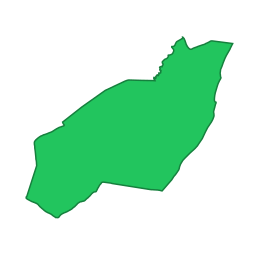 outline of Jangamo, Inhambane, Mozambique, rotated 9°
{"feature_id": "85939544B63223307878319", "entity_name": "Jangamo", "entity_type": "district", "adm_level": 2, "iso_a3": "MOZ", "parent_name": "Mozambique", "parent_adm1": "Inhambane", "projection": "equal_earth", "projection_center": [35.229, -24.157], "detail": "fine", "context": "isolated", "style": "filled", "palette": "green", "viewbox_px": 256, "rotation_deg": 9, "n_neighbors": 0, "source": "geoboundaries", "source_scale": "gbopen_adm2", "svg_char_len": 5611}
<svg xmlns="http://www.w3.org/2000/svg" viewBox="0 0 256 256"><g transform="rotate(9 128 128)"><path d="M167.7,29.7L167.8,30.0L167.8,30.7L167.7,31.2L166.9,31.6L166.6,32.0L163.0,34.8L162.4,35.5L162.1,36.2L161.6,37.8L161.5,38.5L161.1,39.3L160.6,40.0L159.9,40.4L158.5,40.7L158.5,41.1L158.6,41.4L158.8,41.5L159.0,41.7L159.2,41.9L159.5,42.2L159.7,42.4L160.1,42.7L160.3,42.9L161.0,43.8L161.1,45.1L160.7,46.4L160.5,47.3L159.6,48.4L158.4,49.1L157.8,49.4L156.5,49.7L156.3,49.9L156.6,50.6L156.6,51.1L156.2,52.3L155.6,53.1L154.9,53.7L154.0,54.1L153.4,54.6L152.9,55.2L152.6,55.8L152.3,56.1L151.6,57.0L151.6,57.9L151.8,58.5L152.3,58.9L152.7,59.5L152.7,60.2L152.3,60.6L152.2,61.2L152.2,61.8L152.1,62.2L151.6,62.3L151.1,62.1L150.7,62.3L149.9,62.8L149.8,63.4L150.2,63.8L150.5,64.2L150.5,64.6L150.3,64.9L150.3,65.5L150.5,65.9L151.5,66.0L151.7,66.4L151.6,66.7L151.4,66.8L151.3,67.1L151.4,67.6L151.6,67.8L151.6,68.4L151.3,68.6L151.0,68.7L150.7,69.0L150.1,68.8L149.8,68.9L150.1,70.0L150.1,70.5L150.0,70.8L149.8,71.3L149.6,71.6L149.3,71.6L149.1,71.4L149.1,71.1L148.8,70.9L148.5,71.0L148.2,71.4L148.2,71.8L148.0,72.1L147.6,72.4L147.4,72.8L147.7,73.8L147.7,74.4L147.6,74.5L147.1,75.0L146.6,74.7L146.1,74.0L145.8,73.9L145.7,74.1L145.7,74.3L145.7,74.7L145.9,75.4L146.3,75.6L146.6,76.2L147.1,76.7L147.3,77.0L132.9,79.0L121.2,80.5L120.3,80.8L120.1,80.9L119.6,81.1L117.5,82.3L99.7,94.4L79.2,114.4L62.5,132.4L63.2,133.7L63.7,134.2L64.3,134.7L64.5,135.0L64.5,135.3L64.3,135.9L63.8,136.1L63.6,136.3L62.5,136.8L62.0,137.2L60.7,137.8L60.4,138.0L59.9,138.2L59.3,138.7L59.0,138.9L58.5,139.3L58.3,139.4L58.0,139.7L57.5,140.0L57.3,140.3L57.1,140.4L56.5,140.9L56.2,141.2L55.9,141.4L55.6,141.7L55.4,141.9L55.1,142.2L54.6,142.6L54.4,142.8L53.4,143.6L53.2,143.8L50.0,145.6L49.2,146.2L48.2,146.7L47.7,147.0L46.7,147.5L46.4,147.7L46.2,147.7L45.6,148.0L44.0,149.2L43.3,149.5L42.7,150.0L41.6,151.0L41.1,151.6L40.5,152.1L40.2,152.6L39.9,152.8L39.6,153.4L39.4,153.5L39.2,153.8L38.9,154.0L38.8,154.4L38.6,154.7L38.4,154.9L37.9,155.9L37.8,156.5L37.8,157.2L37.9,157.5L37.9,157.8L38.1,158.8L38.6,160.2L38.9,161.2L38.9,161.5L39.2,162.8L40.0,165.4L40.5,167.3L40.6,167.7L40.8,168.3L40.8,168.5L41.0,169.2L41.8,172.3L41.8,172.6L41.9,173.0L42.2,173.9L42.5,174.5L43.1,176.8L43.2,177.5L43.6,179.0L43.7,179.6L38.7,211.8L38.3,212.0L38.3,212.6L38.4,213.2L39.6,214.0L44.5,215.7L45.0,215.8L45.4,215.8L45.9,215.9L46.1,216.1L46.6,216.1L47.1,216.2L47.4,216.3L47.7,216.3L48.1,216.5L48.3,216.5L48.9,216.7L49.2,216.7L49.5,216.9L49.9,216.9L50.3,217.2L50.6,217.2L50.9,217.5L51.2,217.6L51.8,218.3L52.0,218.4L52.9,219.1L53.1,219.4L53.9,219.8L55.2,220.7L55.9,221.1L56.2,221.3L57.0,221.7L57.2,221.9L57.7,222.2L57.9,222.4L58.5,222.6L58.8,222.9L59.7,223.3L60.0,223.5L60.3,223.5L61.0,223.8L61.7,224.1L61.9,224.1L62.5,224.3L62.8,224.3L63.6,224.6L63.9,224.6L64.3,224.8L64.5,224.8L65.8,225.3L66.2,225.5L66.5,225.7L67.0,226.0L67.3,226.2L70.8,227.8L71.1,227.6L72.4,227.6L73.2,227.3L73.5,227.1L73.7,226.7L73.8,226.4L74.0,226.2L74.4,225.3L74.6,225.1L74.7,224.8L75.1,224.4L75.2,224.1L75.5,223.9L76.0,223.4L76.3,223.2L76.6,222.9L76.9,222.7L77.1,222.5L77.4,222.4L77.6,222.1L78.4,221.7L78.7,221.5L79.3,221.2L79.5,221.0L79.8,220.9L80.1,220.6L80.4,220.5L80.6,220.3L80.9,220.2L81.7,219.5L81.9,219.4L83.0,218.5L83.5,218.2L83.6,217.9L83.9,217.8L84.3,217.5L84.6,217.2L84.8,217.1L85.3,216.6L85.5,216.4L85.8,215.9L86.2,215.4L86.4,215.3L86.5,215.0L87.5,214.2L88.4,212.9L88.6,212.6L89.5,211.5L89.6,211.1L90.0,210.5L90.5,210.0L91.2,209.4L91.5,209.1L92.2,208.5L93.2,208.1L93.5,208.1L94.1,207.7L94.5,207.6L94.8,207.4L95.0,207.4L96.1,206.9L96.3,206.8L96.9,206.2L97.2,205.8L97.3,205.5L97.6,205.2L98.7,203.8L98.9,203.6L99.1,203.3L99.4,203.2L99.5,202.9L100.6,201.5L100.8,201.2L101.0,201.0L101.6,199.9L101.8,199.7L102.1,199.2L102.2,198.9L102.7,198.2L102.9,198.1L103.1,197.7L104.5,196.5L105.1,196.3L106.1,196.0L106.4,195.8L106.6,195.4L106.8,194.8L107.3,193.2L107.5,192.4L107.6,192.1L108.0,191.4L108.2,190.7L108.9,188.9L109.6,187.6L109.9,187.4L110.2,186.7L110.4,186.1L111.3,185.5L111.8,185.4L112.0,185.3L119.6,185.1L120.9,185.3L159.7,185.3L161.4,185.2L162.2,185.0L162.9,185.0L163.4,185.0L163.6,184.9L164.2,184.9L164.5,184.8L165.4,184.8L165.7,184.7L166.4,184.7L166.7,184.6L168.4,184.6L169.6,184.6L169.9,184.7L171.5,184.8L172.1,183.9L176.3,177.1L179.3,172.3L180.0,170.7L180.9,168.6L182.2,166.6L183.5,163.9L184.7,161.3L184.9,160.2L185.0,158.2L185.5,155.7L186.1,154.1L187.2,151.4L188.9,148.9L193.1,143.1L197.5,137.6L198.9,135.4L199.3,134.9L200.2,132.8L203.0,126.9L204.9,120.3L206.6,115.1L206.8,114.7L209.5,108.9L210.4,106.2L211.0,103.3L211.0,102.3L210.6,100.5L210.1,99.1L210.0,98.3L210.1,96.9L210.4,94.4L210.7,90.9L211.0,89.8L211.0,89.1L210.8,88.7L210.1,88.7L209.8,88.5L209.1,87.5L208.9,86.5L208.7,84.7L208.6,82.3L208.7,79.6L209.7,72.1L210.1,69.9L210.9,67.1L211.8,64.7L211.9,64.2L211.9,63.7L211.3,62.6L210.8,60.6L210.5,59.9L210.4,59.0L210.4,57.7L210.3,55.7L211.1,52.6L211.8,48.7L212.8,44.3L213.8,41.0L216.4,34.2L216.7,32.9L217.5,30.4L217.8,29.3L218.1,28.7L218.2,28.2L197.8,28.8L196.5,29.0L196.1,29.2L195.8,29.4L195.6,29.5L195.4,29.8L194.4,30.5L194.2,30.8L193.7,31.0L193.5,31.3L193.0,31.5L192.8,31.7L191.7,32.3L191.2,32.9L190.7,33.1L190.4,33.4L189.8,33.7L188.1,34.5L186.8,35.2L186.2,35.5L185.9,35.7L184.3,36.5L184.0,36.8L183.7,36.9L183.4,37.1L182.1,37.9L181.8,37.9L181.6,38.1L181.3,38.3L180.1,38.9L179.0,39.8L178.8,39.9L178.5,40.2L177.9,40.4L176.9,40.4L176.5,40.3L175.5,39.7L173.6,38.0L173.5,37.8L173.3,37.3L172.9,37.1L172.6,36.4L172.4,36.3L171.8,35.0L171.4,34.4L170.9,33.2L170.6,32.9L170.3,32.3L169.7,31.4L169.4,30.9L168.8,30.4L168.6,30.3L167.9,29.7L167.7,29.7Z" fill="#22c55e" stroke="#15803d" stroke-width="1.5"/></g></svg>